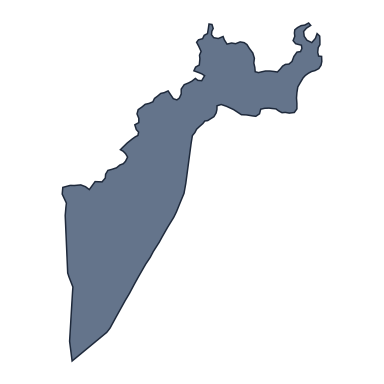 the district of Pindaré-Mirim, Maranhão, Brazil
{"feature_id": "56859067B48073775687660", "entity_name": "Pindaré-Mirim", "entity_type": "district", "adm_level": 2, "iso_a3": "BRA", "parent_name": "Brazil", "parent_adm1": "Maranhão", "projection": "natural_earth1", "projection_center": [-45.393, -3.706], "detail": "fine", "context": "isolated", "style": "filled", "palette": "slate", "viewbox_px": 384, "rotation_deg": 0, "n_neighbors": 0, "source": "geoboundaries", "source_scale": "gbopen_adm2", "svg_char_len": 2504}
<svg xmlns="http://www.w3.org/2000/svg" viewBox="0 0 384 384"><path d="M102.0,181.9L95.1,181.6L89.3,189.6L85.5,186.7L80.8,184.9L74.3,185.5L70.2,185.4L62.8,187.4L62.2,194.1L66.4,203.1L65.9,207.4L65.2,215.5L67.7,273.0L68.9,276.7L72.9,287.0L72.5,292.6L69.6,341.2L72.1,361.0L106.8,332.3L110.1,328.0L112.3,323.9L116.4,316.4L125.1,300.7L129.5,293.3L134.1,284.6L138.3,277.0L145.7,264.1L150.2,257.4L153.3,251.5L159.3,242.1L161.9,237.3L167.6,227.3L170.6,222.4L173.8,217.2L176.4,211.9L180.0,203.0L181.7,198.9L184.0,193.4L185.8,183.3L191.2,142.8L192.4,135.6L194.9,132.5L196.6,129.2L199.5,126.5L202.9,123.5L204.8,121.0L207.7,120.6L210.7,118.7L213.9,116.7L216.1,113.0L216.9,109.6L217.0,105.8L221.2,104.5L226.5,106.3L233.6,109.6L241.4,114.7L246.5,114.9L252.5,115.9L255.8,116.3L259.5,113.8L260.7,109.2L264.6,108.3L269.0,108.1L272.1,108.5L275.9,108.9L278.7,110.9L282.0,112.7L285.3,112.4L289.3,113.1L294.3,112.5L296.9,108.9L296.9,103.4L296.5,98.0L296.9,92.6L297.8,86.9L300.3,82.6L303.1,77.9L305.3,75.5L308.3,73.3L311.6,71.5L315.0,70.6L318.8,68.6L321.0,65.3L321.8,61.5L321.6,56.4L318.6,56.1L317.7,52.3L318.2,47.6L319.9,44.7L319.9,40.5L319.7,36.1L317.1,33.6L315.4,38.4L311.8,42.6L307.0,40.3L304.2,36.3L303.6,31.5L306.4,28.2L310.7,25.4L308.6,23.0L304.7,25.1L301.2,25.6L297.5,27.6L294.8,29.8L294.4,33.0L294.8,36.3L293.1,40.6L295.6,43.7L298.6,44.5L301.4,45.2L301.9,48.5L300.5,51.6L297.0,52.1L293.9,56.4L292.0,61.5L288.9,64.1L285.4,64.4L282.6,66.1L280.3,69.0L277.4,72.0L274.1,71.5L269.8,71.0L265.5,71.0L261.3,71.9L258.5,72.6L255.2,71.7L254.8,67.3L253.8,63.0L254.4,58.3L252.8,53.0L249.4,48.5L246.9,44.5L244.1,42.6L240.1,41.9L235.6,43.7L231.5,43.0L227.0,44.1L224.3,39.8L223.1,36.5L218.3,38.5L213.7,37.7L211.5,34.7L211.8,31.4L213.2,28.5L212.0,24.5L209.0,24.0L208.3,28.8L207.5,33.6L204.2,35.3L202.6,38.7L198.5,39.8L196.6,42.3L198.8,46.4L201.1,51.4L199.5,55.2L199.9,58.7L199.3,65.0L195.6,67.1L193.9,70.8L198.8,72.6L201.9,73.9L204.6,75.7L201.7,80.7L197.8,80.4L195.4,78.4L192.0,81.1L188.8,82.8L184.2,84.7L181.2,89.1L181.2,94.0L179.4,98.0L176.9,99.9L173.3,98.7L170.6,94.7L168.1,90.9L164.1,92.7L160.8,93.4L157.6,96.1L154.5,98.4L152.9,101.8L149.1,103.4L145.2,104.3L141.7,107.2L138.2,109.6L137.0,113.9L138.8,118.3L138.8,122.6L134.8,124.8L136.3,129.6L138.6,132.1L137.9,135.5L135.3,136.8L132.2,139.0L127.2,143.0L123.3,146.8L120.4,149.7L123.1,151.2L125.6,153.7L127.6,157.1L125.5,161.3L123.3,163.7L119.9,165.0L116.5,167.8L111.7,169.4L107.9,170.4L105.6,174.2L105.3,178.0L102.0,181.9Z" fill="#64748b" stroke="#1e293b" stroke-width="1.5"/></svg>